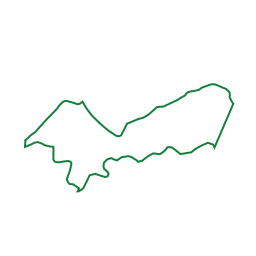 the district of Al Idia, North Kordufan, Sudan, rotated 207°
{"feature_id": "16777658B26107376384565", "entity_name": "Al Idia", "entity_type": "district", "adm_level": 2, "iso_a3": "SDN", "parent_name": "Sudan", "parent_adm1": "North Kordufan", "projection": "natural_earth1", "projection_center": [27.878, 11.926], "detail": "fine", "context": "isolated", "style": "outline", "palette": "green", "viewbox_px": 256, "rotation_deg": 207, "n_neighbors": 0, "source": "geoboundaries", "source_scale": "gbopen_adm2", "svg_char_len": 2176}
<svg xmlns="http://www.w3.org/2000/svg" viewBox="0 0 256 256"><g transform="rotate(207 128 128)"><path d="M45.2,197.3L45.3,197.3L51.2,201.2L51.9,203.1L53.9,206.0L57.9,207.3L62.1,207.0L67.0,206.7L70.2,206.4L73.4,204.9L75.6,202.7L80.5,197.5L82.3,193.9L84.0,192.6L90.1,187.9L91.7,185.6L91.9,183.4L92.2,182.4L94.2,179.7L96.7,175.3L97.7,174.0L98.3,173.3L101.2,169.6L106.1,163.2L111.7,159.8L115.4,150.0L117.2,147.0L119.3,143.8L122.7,140.9L130.8,131.4L130.8,118.4L132.0,116.7L134.6,115.7L144.4,116.8L147.4,117.5L151.0,118.3L154.6,119.2L165.7,122.6L173.7,126.5L180.5,130.8L182.1,127.6L184.1,126.1L186.0,126.0L188.8,125.5L194.0,124.5L196.3,123.6L197.7,122.1L199.4,117.2L199.9,113.7L201.2,108.9L202.8,104.0L204.7,97.6L205.4,95.1L206.4,91.3L207.1,88.7L208.6,82.8L208.8,81.9L209.8,80.4L211.5,77.1L212.1,74.9L214.0,70.2L213.3,69.5L211.3,64.4L211.2,64.3L208.5,67.4L206.5,69.9L204.5,72.6L202.1,74.4L201.9,74.5L198.4,75.0L194.0,74.9L188.5,76.3L186.0,77.4L183.7,73.2L180.2,66.1L178.2,64.8L177.2,64.9L176.0,65.2L174.8,65.6L174.7,65.6L171.6,67.9L168.4,70.1L166.6,71.3L166.4,71.5L163.8,71.8L162.5,71.1L161.7,68.7L160.4,63.6L159.8,58.4L159.3,54.7L159.0,54.2L158.6,53.8L156.5,52.3L155.6,51.9L154.6,51.6L151.3,52.9L148.1,52.5L144.3,52.0L144.0,48.7L143.2,49.2L140.7,53.3L140.5,57.6L140.6,64.4L140.7,68.5L136.3,72.3L130.1,73.2L126.2,74.0L124.4,75.4L124.2,76.7L124.6,78.5L125.7,79.3L127.8,80.1L130.8,80.8L132.3,82.4L133.7,86.2L132.3,90.5L129.2,93.6L126.7,93.6L123.1,94.1L120.4,99.1L117.5,101.2L115.7,102.6L113.7,103.4L111.7,103.7L110.0,103.5L107.6,103.3L105.1,103.1L103.4,102.5L101.5,104.5L100.3,105.3L100.2,105.7L100.0,106.6L99.8,107.0L98.4,109.8L97.3,112.0L93.9,116.9L90.5,118.1L87.7,119.1L85.7,122.7L84.6,125.7L84.1,128.8L81.6,130.1L79.6,130.6L69.4,128.6L66.0,131.1L64.2,132.5L60.6,135.0L58.5,139.9L54.1,146.2L50.1,151.1L44.8,151.9L42.2,150.0L42.1,149.9L42.1,150.1L42.1,150.3L42.2,152.1L42.5,156.4L42.6,158.0L42.6,158.8L42.8,160.8L42.8,161.1L43.0,164.4L43.1,165.2L43.4,170.3L43.4,170.7L43.8,175.8L44.1,181.1L44.3,184.2L44.5,187.5L44.7,189.8L44.7,190.5L44.8,191.5L44.9,192.3L44.9,192.7L45.0,194.2L45.0,194.8L45.1,195.7L45.2,197.1L45.2,197.3Z" fill="none" stroke="#15803d" stroke-width="2"/></g></svg>